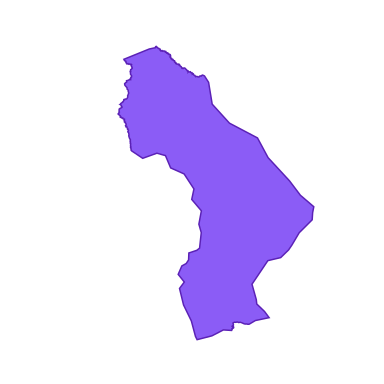 Yero'o, Selenge, Mongolia (Equal Earth projection), rotated 232°
{"feature_id": "93677404B71405298722065", "entity_name": "Yero'o", "entity_type": "district", "adm_level": 2, "iso_a3": "MNG", "parent_name": "Mongolia", "parent_adm1": "Selenge", "projection": "equal_earth", "projection_center": [108.137, 49.496], "detail": "fine", "context": "isolated", "style": "filled", "palette": "violet", "viewbox_px": 384, "rotation_deg": 232, "n_neighbors": 0, "source": "geoboundaries", "source_scale": "gbopen_adm2", "svg_char_len": 5744}
<svg xmlns="http://www.w3.org/2000/svg" viewBox="0 0 384 384"><g transform="rotate(232 192 192)"><path d="M66.4,119.1L64.0,131.8L58.5,138.0L59.3,139.5L59.6,139.4L59.8,139.5L59.8,139.9L59.5,140.2L59.3,140.8L59.4,141.3L59.8,141.5L60.3,141.1L61.3,141.0L61.0,141.5L60.9,141.9L61.6,142.0L61.6,142.7L61.9,143.0L63.0,143.3L63.4,143.7L63.6,144.0L63.4,144.3L63.4,144.8L63.2,145.2L63.2,145.4L62.3,146.3L62.1,146.9L61.7,147.6L61.2,148.0L60.3,148.5L59.8,149.7L58.2,150.8L55.9,152.0L54.8,153.1L54.4,153.8L53.6,154.4L52.9,155.2L52.6,155.8L51.7,162.8L45.5,175.4L53.2,175.6L63.9,174.1L67.6,176.4L82.4,182.5L91.2,209.5L89.3,213.7L85.7,221.5L86.9,232.5L88.7,238.1L93.9,251.4L96.1,269.6L101.4,274.3L105.4,278.9L122.7,275.4L140.7,275.7L172.2,273.1L194.3,276.9L223.2,263.9L248.8,262.0L268.2,272.6L275.8,273.3L277.6,272.4L277.9,271.3L277.6,271.0L277.6,270.7L277.9,270.4L278.0,270.1L278.4,270.0L278.5,269.9L278.6,269.0L278.3,268.6L278.9,267.6L279.7,267.3L280.2,266.8L280.4,266.6L280.5,266.0L280.7,265.8L281.3,265.8L282.0,266.1L283.0,265.5L283.5,265.4L283.8,265.5L284.2,265.8L284.4,265.8L284.8,265.6L284.8,265.0L285.3,265.4L286.0,265.4L286.1,265.0L286.2,264.9L286.7,264.9L286.9,264.6L287.0,264.5L287.8,264.7L288.1,264.0L288.5,263.7L288.7,263.4L289.1,263.4L289.0,262.9L289.7,263.5L290.0,263.4L290.2,262.9L290.7,263.1L291.3,262.9L291.8,263.0L292.4,262.8L293.5,262.8L294.1,262.6L294.7,262.1L294.6,261.4L295.5,260.9L295.3,260.5L295.5,260.3L295.9,260.3L296.4,260.0L296.1,260.5L296.7,260.5L297.4,260.7L297.5,260.7L298.1,260.2L298.4,260.3L298.9,260.3L299.2,260.5L299.4,260.5L299.5,260.5L299.6,260.0L299.7,259.9L300.5,260.5L300.6,260.4L300.6,260.1L301.2,260.0L301.3,259.5L302.1,259.0L302.2,258.8L302.9,259.0L303.4,258.9L303.5,258.6L303.5,258.4L304.3,258.8L304.5,258.6L304.5,258.4L305.2,258.3L305.3,258.4L305.8,259.0L306.2,259.0L307.1,258.3L307.5,258.5L308.2,258.6L308.4,258.4L308.2,258.1L308.4,257.9L308.8,258.2L309.0,258.2L309.1,257.8L309.3,257.8L309.6,258.1L309.9,258.2L310.0,258.1L310.1,257.6L310.8,257.8L311.3,257.8L311.1,258.0L311.5,258.2L311.9,258.0L312.1,258.2L312.1,258.7L312.2,258.8L312.9,259.2L313.7,259.4L313.9,259.2L314.0,258.7L314.4,258.5L314.7,258.9L315.1,258.8L315.5,258.3L316.0,258.5L316.2,258.0L316.4,258.0L316.4,258.3L316.7,258.4L316.8,258.2L316.8,257.8L317.0,257.6L317.4,257.8L318.1,257.4L318.7,257.9L318.9,257.9L319.0,257.5L318.7,257.2L319.3,257.0L319.6,257.2L319.9,257.2L320.7,256.4L320.8,256.2L320.7,255.7L321.0,255.5L321.8,255.6L322.0,255.5L322.1,255.2L321.9,254.9L321.9,254.7L322.4,254.2L323.5,254.2L323.7,254.6L324.0,254.8L324.4,254.8L325.0,254.3L325.6,254.3L325.9,253.8L327.0,253.8L327.6,253.7L328.3,253.4L328.8,253.4L328.9,252.8L328.2,252.5L328.1,252.3L331.0,246.4L338.5,220.1L338.2,220.1L338.0,219.9L337.5,219.9L337.2,219.7L336.9,219.8L336.2,220.0L336.0,220.3L335.6,220.1L335.2,220.2L334.4,219.8L334.4,219.6L333.5,219.7L333.3,219.6L333.1,219.8L332.9,219.7L332.8,219.9L332.6,220.1L332.6,220.6L331.8,220.7L331.8,221.0L331.5,221.2L331.5,221.4L331.2,221.7L330.5,221.8L330.4,221.9L330.3,222.6L329.9,222.8L329.6,222.9L329.4,222.8L329.4,222.4L329.1,221.9L327.8,221.5L327.5,221.7L327.1,221.6L326.7,221.1L326.3,221.0L326.3,220.6L326.0,219.8L326.1,219.5L326.2,219.1L325.9,218.9L325.8,218.5L325.5,218.2L324.8,218.0L324.8,217.7L324.4,217.3L324.5,217.2L323.6,216.9L323.2,216.4L322.5,216.0L320.9,216.0L319.9,215.2L320.0,214.8L320.0,214.6L319.8,214.5L319.7,214.0L319.2,213.7L319.0,213.4L319.0,213.2L318.8,213.1L318.9,212.9L318.6,212.8L319.1,212.4L318.9,212.2L319.1,212.1L319.0,211.6L319.2,211.4L319.2,210.8L319.4,210.4L319.5,209.7L319.8,209.5L320.0,208.9L319.5,208.6L319.0,208.1L318.8,208.0L318.9,207.5L319.0,206.8L318.9,206.4L318.9,206.1L318.7,205.9L318.8,205.6L318.1,205.1L317.2,204.8L314.2,205.0L313.0,204.2L311.7,204.4L311.2,204.2L310.3,203.5L309.6,203.4L308.8,202.9L308.3,201.9L307.7,201.1L307.4,200.4L306.4,199.9L305.7,198.4L305.6,197.7L306.3,196.7L306.2,196.0L306.7,195.7L306.8,195.4L306.7,195.0L306.1,194.6L305.6,193.2L305.7,192.9L305.4,192.5L305.6,192.1L305.5,191.8L305.6,190.4L305.1,189.4L305.2,189.2L304.7,189.3L304.4,189.4L304.1,189.6L303.4,189.5L303.0,189.1L302.3,189.3L302.0,189.2L301.8,188.8L302.1,187.0L302.0,186.8L302.2,186.6L302.1,186.1L302.2,185.8L301.6,185.1L300.6,184.4L300.4,184.1L299.7,184.0L299.4,183.0L299.0,182.8L298.9,182.6L299.2,182.4L299.0,181.8L298.5,181.8L298.0,181.9L297.9,182.0L296.7,182.3L296.4,182.2L296.1,182.4L295.4,182.1L295.4,181.7L295.2,181.5L294.7,181.7L294.5,182.2L294.1,182.1L293.4,182.3L293.1,182.9L292.9,182.7L291.8,182.8L291.5,183.1L291.4,183.3L290.9,183.6L290.5,183.2L290.1,182.6L289.9,182.8L289.4,182.6L289.4,182.4L288.9,182.2L288.8,181.9L288.2,182.0L287.9,182.4L287.5,182.0L287.3,182.1L286.0,181.9L285.6,181.5L285.5,181.1L285.4,180.8L285.3,180.5L285.2,180.4L284.8,180.3L284.6,180.5L284.3,180.4L284.3,180.7L284.1,180.8L284.0,180.6L283.9,180.8L283.5,180.7L283.2,180.7L282.7,180.3L281.4,180.4L281.0,180.2L281.1,179.9L280.9,179.7L280.5,179.9L280.0,180.0L279.6,179.7L279.1,179.0L279.0,178.5L278.7,178.4L278.3,178.6L277.9,178.6L275.8,177.5L275.6,177.3L275.5,177.0L275.1,176.8L274.7,176.5L274.2,176.4L273.9,176.2L272.4,175.7L271.8,175.8L271.0,175.6L270.9,175.4L271.0,175.3L270.6,175.0L270.2,174.9L269.8,174.3L269.5,174.3L269.5,174.1L268.8,173.8L268.3,173.7L268.3,173.4L268.1,173.4L267.3,173.0L266.7,172.3L265.7,171.9L265.6,171.7L265.5,171.4L265.2,171.1L264.7,170.9L264.6,171.1L264.4,170.9L263.6,170.6L263.3,170.4L263.0,170.1L262.5,170.0L262.0,169.4L261.9,169.3L262.0,169.6L248.9,173.9L244.2,188.2L237.0,193.5L224.1,190.0L211.1,196.9L193.2,195.4L186.3,187.2L171.4,187.8L162.4,177.6L154.3,174.3L143.1,163.4L143.1,159.9L145.9,152.0L140.6,147.5L139.2,143.4L140.0,138.5L135.6,130.4L125.8,130.5L123.7,122.8L108.2,115.8L90.8,112.1L76.0,105.8L72.5,105.1L66.4,119.1Z" fill="#8b5cf6" stroke="#5b21b6" stroke-width="1.5"/></g></svg>